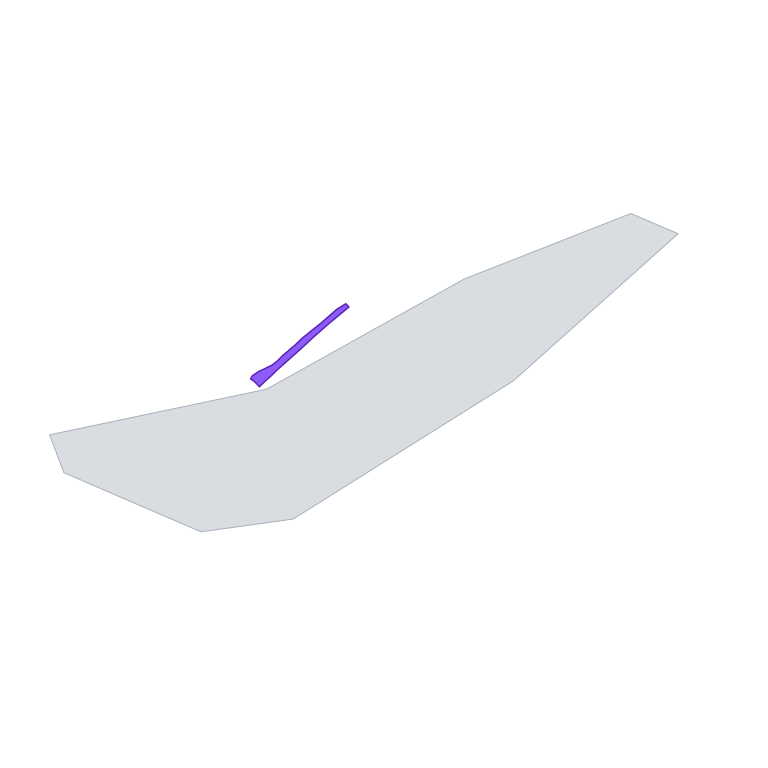 Teone, Tuvalu shown in context, rotated 67°
{"feature_id": "33948139B32813308345680", "entity_name": "Teone", "entity_type": "district", "adm_level": 2, "iso_a3": "TUV", "parent_name": "Tuvalu", "parent_adm1": "", "projection": "natural_earth1", "projection_center": [179.198, -8.507], "detail": "fine", "context": "in_parent", "style": "filled", "palette": "violet", "viewbox_px": 768, "rotation_deg": 67, "n_neighbors": 0, "source": "geoboundaries", "source_scale": "gbopen_adm2", "svg_char_len": 734}
<svg xmlns="http://www.w3.org/2000/svg" viewBox="0 0 768 768"><g transform="rotate(67 384 384)"><path d="M448.5,610.3L340.5,713.4L300.1,711.6L342.9,494.1L318.7,269.2L323.5,90.2L360.6,54.6L431.6,263.6L472.8,520.4L448.5,610.3Z" fill="#d9dde1" stroke="#a8b0b8" stroke-width="1"/><path d="M295.2,387.8L296.9,398.6L303.2,417.7L306.4,429.2L310.0,441.8L313.7,451.5L314.7,455.3L316.5,460.3L317.0,462.3L318.0,465.5L321.3,473.7L322.9,479.9L323.3,487.8L323.6,494.8L325.0,501.9L327.1,504.7L328.6,504.0L329.0,503.5L330.7,502.6L332.4,501.8L337.8,499.7L334.7,491.5L332.3,484.4L329.8,478.2L327.9,472.7L322.7,457.3L318.1,443.8L313.2,430.4L312.1,427.1L307.0,411.6L299.4,386.2L295.2,387.8Z" fill="#8b5cf6" stroke="#5b21b6" stroke-width="1.5"/></g></svg>